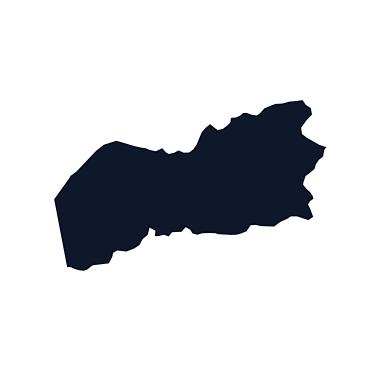 Foinikaria, Limassol, Cyprus, rotated 236°
{"feature_id": "46923920B54656513612440", "entity_name": "Foinikaria", "entity_type": "district", "adm_level": 2, "iso_a3": "CYP", "parent_name": "Cyprus", "parent_adm1": "Limassol", "projection": "orthographic", "projection_center": [33.104, 34.76], "detail": "fine", "context": "isolated", "style": "filled", "palette": "ink", "viewbox_px": 384, "rotation_deg": 236, "n_neighbors": 0, "source": "geoboundaries", "source_scale": "gbopen_adm2", "svg_char_len": 1679}
<svg xmlns="http://www.w3.org/2000/svg" viewBox="0 0 384 384"><g transform="rotate(236 192 192)"><path d="M198.9,48.7L199.5,49.1L193.9,52.6L191.0,55.0L187.8,58.7L187.1,61.3L187.3,64.4L187.6,67.4L187.2,69.5L180.2,83.2L183.4,89.1L186.5,92.5L186.1,97.6L180.0,104.7L178.2,113.0L178.2,118.7L181.4,124.6L181.9,130.9L187.4,137.1L187.5,137.2L187.2,137.3L180.2,140.9L176.4,137.7L174.9,139.6L172.9,145.4L169.1,148.0L170.6,153.1L168.6,156.5L165.7,161.2L167.0,166.4L167.3,167.6L166.8,167.8L161.8,170.2L157.7,170.0L154.2,173.0L152.9,177.4L149.1,183.7L145.3,188.9L143.0,190.6L135.3,200.7L132.2,205.7L130.7,210.6L129.7,215.1L132.5,222.1L129.6,227.0L126.0,230.3L118.2,241.0L118.6,248.7L117.3,256.0L117.3,260.4L113.8,265.8L107.0,271.1L104.3,273.2L104.4,274.2L104.4,278.0L113.0,280.0L117.2,280.4L119.2,284.6L119.2,288.3L121.5,289.1L125.5,289.1L130.9,287.8L136.0,287.4L138.1,289.0L142.5,294.9L142.8,301.4L143.4,306.2L146.4,309.8L148.5,315.2L148.8,320.1L153.7,325.0L154.4,327.2L159.5,323.3L161.0,322.5L172.6,316.8L178.6,314.8L184.8,317.8L188.0,326.3L189.7,334.2L195.1,336.6L200.5,334.3L205.9,334.3L208.1,329.6L211.6,323.3L214.3,315.7L217.6,310.2L218.9,305.0L220.1,298.7L218.5,292.6L218.4,288.3L222.2,284.0L226.4,281.1L228.1,278.5L227.6,274.8L228.4,269.9L230.7,265.9L227.5,263.1L226.7,258.9L226.3,253.2L228.3,247.3L232.1,246.0L237.3,244.4L236.9,239.8L235.4,233.8L228.3,223.1L225.9,217.3L225.5,211.6L228.6,206.6L233.3,203.6L233.7,199.1L235.9,193.4L239.2,191.8L244.3,191.1L245.3,184.4L250.2,179.7L253.7,177.5L256.2,174.6L261.6,169.5L276.1,157.5L279.7,145.3L279.0,135.6L272.9,108.1L272.5,100.4L272.2,100.4L262.4,74.2L199.8,47.4L198.9,48.7Z" fill="#0f172a" stroke="#020617" stroke-width="1.5"/></g></svg>